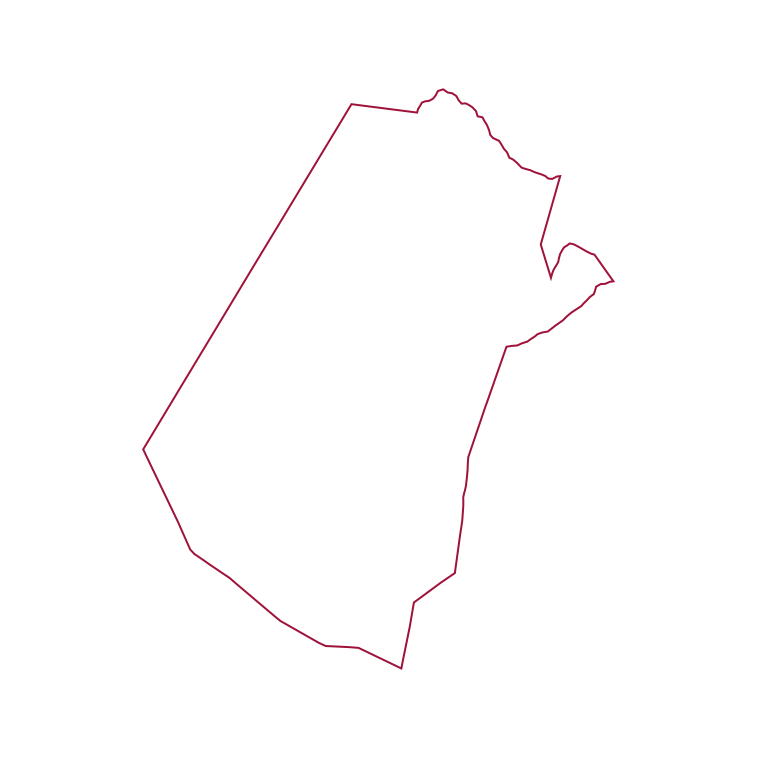 the district of Jussara, Bahia, Brazil, rotated 343°
{"feature_id": "56859067B73744776090893", "entity_name": "Jussara", "entity_type": "district", "adm_level": 2, "iso_a3": "BRA", "parent_name": "Brazil", "parent_adm1": "Bahia", "projection": "mercator", "projection_center": [-41.786, -10.94], "detail": "fine", "context": "isolated", "style": "outline", "palette": "rose", "viewbox_px": 768, "rotation_deg": 343, "n_neighbors": 0, "source": "geoboundaries", "source_scale": "gbopen_adm2", "svg_char_len": 1858}
<svg xmlns="http://www.w3.org/2000/svg" viewBox="0 0 768 768"><g transform="rotate(343 384 384)"><path d="M317.4,661.1L323.3,650.1L337.8,623.4L348.7,601.7L380.2,590.6L396.5,585.5L412.5,550.9L415.6,544.5L418.9,537.5L424.1,524.0L425.6,519.3L426.6,515.6L428.5,512.2L430.5,509.1L432.6,505.3L435.1,499.6L437.0,495.1L438.9,490.3L440.5,485.7L441.8,482.2L443.2,478.6L474.5,435.1L478.2,430.2L512.0,384.2L517.3,384.9L522.6,386.1L528.0,385.4L533.3,385.4L537.4,384.0L542.3,382.6L545.5,381.2L550.3,381.0L555.9,381.7L565.2,378.2L568.9,377.0L573.7,375.4L579.0,372.6L584.1,370.5L589.4,368.9L595.4,367.2L598.6,365.2L601.8,363.6L606.5,360.9L611.0,359.3L613.1,356.4L615.3,353.0L620.3,351.8L625.1,352.9L629.9,352.3L633.4,352.9L623.1,321.8L620.2,320.0L616.8,316.8L614.0,313.8L611.5,311.1L608.9,308.4L606.3,305.9L602.7,303.9L599.5,305.1L596.2,305.9L593.7,308.0L590.4,311.2L588.1,314.8L586.2,318.4L583.0,321.3L579.8,324.1L577.2,327.4L574.7,331.3L574.7,296.4L613.3,236.7L609.8,236.1L604.8,237.1L601.1,235.5L599.0,232.2L595.7,229.5L592.7,227.4L590.0,225.5L586.4,222.3L582.7,220.0L578.8,217.3L576.0,211.7L573.1,207.1L570.0,204.2L569.4,198.4L567.5,194.3L566.5,190.1L565.2,185.2L560.1,180.6L558.4,176.7L558.7,172.3L558.2,166.5L556.9,161.8L556.1,157.7L551.8,155.4L551.8,150.0L549.4,145.2L546.6,141.8L544.1,139.5L540.2,138.6L538.3,134.3L537.4,129.8L534.2,125.9L530.2,123.9L526.7,119.5L521.2,119.6L517.7,123.2L514.3,125.5L509.9,126.4L505.9,125.7L502.5,126.0L500.0,128.4L497.0,131.0L495.0,134.1L434.7,106.9L330.3,200.5L325.7,204.6L294.7,232.3L232.6,288.1L209.3,309.0L190.1,326.2L171.3,343.1L155.1,357.7L134.6,376.1L137.8,397.5L146.6,455.3L150.3,485.7L153.0,491.2L160.2,500.1L164.5,505.7L173.3,516.6L179.4,524.0L185.9,534.3L198.0,553.1L207.0,567.1L211.8,574.5L215.6,580.3L246.1,612.6L251.6,617.5L273.6,625.4L282.5,628.9L317.4,661.1Z" fill="none" stroke="#9f1239" stroke-width="2"/></g></svg>